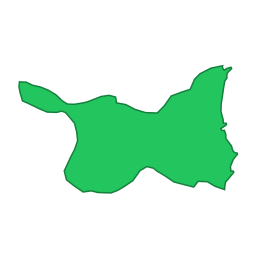 the district of Myongchon, Hamgyŏng-bukto, North Korea, rotated 2°
{"feature_id": "82179303B5816291579612", "entity_name": "Myongchon", "entity_type": "district", "adm_level": 2, "iso_a3": "PRK", "parent_name": "North Korea", "parent_adm1": "Hamgyŏng-bukto", "projection": "orthographic", "projection_center": [129.544, 40.98], "detail": "fine", "context": "isolated", "style": "filled", "palette": "green", "viewbox_px": 256, "rotation_deg": 2, "n_neighbors": 0, "source": "geoboundaries", "source_scale": "gbopen_adm2", "svg_char_len": 1363}
<svg xmlns="http://www.w3.org/2000/svg" viewBox="0 0 256 256"><g transform="rotate(2 128 128)"><path d="M226.7,186.2L226.7,182.9L227.4,178.7L235.3,168.6L234.6,167.3L232.3,167.4L231.7,162.9L234.3,155.8L238.4,150.2L238.0,149.2L235.7,149.1L233.6,147.0L231.9,142.1L230.0,139.8L226.2,135.1L225.9,130.9L224.4,127.0L221.9,127.2L220.7,125.5L226.3,121.3L226.0,119.9L223.0,119.8L222.9,116.8L220.3,108.1L220.3,100.8L222.3,83.2L223.1,77.8L225.1,74.5L224.9,71.2L225.6,69.2L229.5,65.1L228.8,63.7L224.6,65.1L222.4,66.8L221.2,66.2L220.1,63.4L220.4,62.5L208.8,65.3L198.2,71.2L192.8,77.0L188.8,87.2L180.8,90.1L170.1,94.5L163.4,104.7L156.7,112.0L144.8,112.0L134.2,109.1L125.0,104.7L115.7,103.3L114.5,97.5L107.9,96.0L99.9,97.5L93.2,100.4L86.6,103.3L81.3,104.7L73.3,106.2L66.7,106.2L61.4,103.2L54.9,97.4L47.0,93.0L39.1,90.1L31.1,88.6L24.6,85.7L20.6,85.7L17.9,85.7L17.6,90.5L18.8,96.0L21.6,104.6L25.6,106.1L32.2,109.0L38.8,111.9L46.7,114.9L56.0,114.9L61.3,113.4L65.2,114.9L70.5,120.7L74.4,125.1L76.9,133.8L78.1,142.6L75.4,151.3L71.3,160.0L65.8,173.1L68.3,181.9L76.2,187.7L85.4,193.5L87.8,193.1L93.4,192.1L100.1,193.5L106.7,193.5L113.3,193.5L120.0,190.6L126.7,186.3L134.7,180.4L141.5,170.2L148.2,165.9L154.8,167.3L158.7,170.2L166.7,174.6L175.9,180.4L189.2,183.3L195.8,184.7L199.8,178.9L209.1,178.9L217.0,183.2L226.7,186.2Z" fill="#22c55e" stroke="#15803d" stroke-width="1.5"/></g></svg>